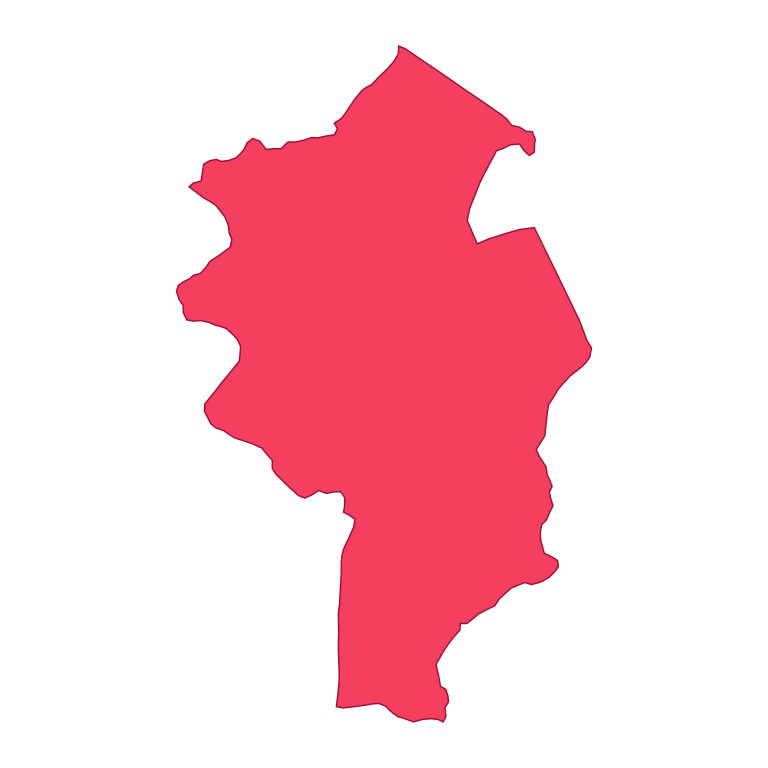 Duque de Caxias, Rio de Janeiro, Brazil
{"feature_id": "56859067B40218496902561", "entity_name": "Duque de Caxias", "entity_type": "district", "adm_level": 2, "iso_a3": "BRA", "parent_name": "Brazil", "parent_adm1": "Rio de Janeiro", "projection": "mercator", "projection_center": [-43.309, -22.642], "detail": "fine", "context": "isolated", "style": "filled", "palette": "rose", "viewbox_px": 768, "rotation_deg": 0, "n_neighbors": 0, "source": "geoboundaries", "source_scale": "gbopen_adm2", "svg_char_len": 2939}
<svg xmlns="http://www.w3.org/2000/svg" viewBox="0 0 768 768"><path d="M338.4,612.9L338.7,632.4L338.4,642.9L338.4,652.0L338.8,661.5L339.2,670.8L339.2,680.0L338.4,688.6L337.8,695.2L336.4,706.7L343.1,707.9L354.2,706.7L364.1,705.3L372.3,703.9L379.2,703.5L385.3,706.0L390.8,711.4L397.5,716.5L403.7,718.3L413.7,721.9L422.4,719.4L430.6,718.7L437.9,719.4L443.3,721.9L445.9,716.2L445.0,707.6L448.5,701.9L447.9,695.8L445.8,689.3L440.5,686.4L438.2,674.0L436.0,664.5L440.5,656.5L444.4,649.8L449.6,642.3L454.9,635.6L459.9,630.1L460.2,623.5L466.9,623.5L472.8,618.8L478.6,613.9L485.6,610.1L494.7,605.8L499.4,598.7L505.2,593.4L511.3,588.0L518.2,585.1L524.9,582.5L531.3,584.5L538.0,582.9L543.0,581.0L549.2,577.1L555.0,571.5L558.4,566.7L557.6,560.6L551.7,556.8L544.2,553.1L540.7,540.3L540.3,532.4L541.6,524.8L546.5,519.9L549.1,513.4L553.0,505.7L550.7,498.8L549.4,492.1L552.1,486.3L549.7,480.1L547.2,474.9L546.0,466.8L538.9,455.7L536.3,449.4L544.8,435.9L547.4,411.8L548.5,404.9L554.8,395.0L558.0,389.3L562.7,384.0L570.3,375.7L580.5,367.8L585.5,363.1L589.8,357.0L591.5,348.0L586.8,340.2L583.4,331.0L579.1,319.9L575.4,312.2L570.9,302.8L549.4,258.5L534.3,227.6L519.3,229.6L505.3,233.6L489.4,238.7L477.1,243.8L467.2,220.4L469.6,208.6L479.5,183.5L482.4,177.3L496.4,150.9L503.1,148.4L510.5,144.8L519.6,144.0L523.7,150.3L529.2,155.5L534.3,152.1L534.5,145.2L535.2,139.2L532.2,131.6L526.1,131.3L519.9,127.4L511.5,125.3L507.2,119.5L502.1,115.2L495.4,110.6L484.2,102.7L464.6,89.5L449.1,78.7L438.5,71.4L404.8,48.5L398.7,46.1L398.4,53.7L394.3,60.9L387.3,68.9L378.8,77.1L371.5,84.7L366.5,87.3L362.0,90.4L354.9,99.0L345.2,113.5L341.3,118.5L334.3,123.1L337.5,128.8L334.3,134.8L325.8,136.1L317.7,137.9L311.5,137.6L304.1,140.1L295.9,142.0L288.0,142.0L281.1,148.7L274.9,148.7L266.1,149.4L259.7,141.1L252.7,138.5L246.9,143.0L244.5,148.8L240.1,154.1L235.9,157.9L228.6,160.5L221.3,161.4L216.1,159.4L209.6,160.8L203.7,164.2L201.1,181.0L193.2,183.2L189.1,186.8L195.9,191.9L203.5,197.8L209.9,201.3L215.5,205.1L219.3,209.5L225.2,217.4L228.6,226.1L229.2,232.8L231.8,239.3L230.4,247.0L224.8,251.2L217.5,256.5L210.1,261.2L205.6,267.8L200.2,273.6L193.8,275.1L189.7,278.7L183.8,281.6L178.3,285.4L176.5,291.1L179.2,299.6L183.2,305.6L183.3,312.6L186.9,319.9L193.2,321.1L200.9,320.6L209.0,322.4L215.1,325.0L220.7,326.5L226.3,328.5L231.2,332.9L237.2,339.2L240.6,346.2L240.0,355.1L239.2,361.4L232.4,369.6L227.1,376.3L221.6,382.7L216.9,389.0L212.5,394.4L208.8,398.9L204.9,403.9L204.4,411.2L207.5,417.2L210.8,423.7L215.5,427.7L223.7,430.6L229.9,435.0L234.8,437.9L243.3,440.7L252.7,443.9L261.7,448.0L267.0,454.3L272.3,460.4L272.3,468.4L276.3,474.7L281.9,480.0L290.2,488.1L298.6,495.6L304.8,498.1L311.7,495.0L318.8,490.5L326.3,493.4L334.7,491.8L340.7,491.8L344.8,497.8L344.6,506.3L343.5,512.2L348.9,514.9L355.1,519.3L353.6,527.2L349.8,535.9L346.6,542.6L343.3,549.9L341.9,555.9L341.3,563.2L341.3,573.7L340.5,587.3L339.6,603.8L338.4,612.9Z" fill="#f43f5e" stroke="#9f1239" stroke-width="1.5"/></svg>